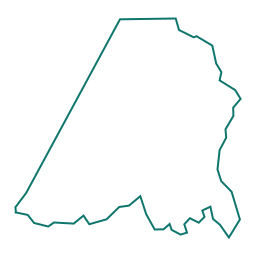 Stanly, North Carolina, United States of America (Albers equal-area conic projection)
{"feature_id": "52423323B43172948431886", "entity_name": "Stanly", "entity_type": "district", "adm_level": 2, "iso_a3": "USA", "parent_name": "United States of America", "parent_adm1": "North Carolina", "projection": "albers", "projection_center": [-80.212, 35.324], "detail": "fine", "context": "isolated", "style": "outline", "palette": "teal", "viewbox_px": 256, "rotation_deg": 0, "n_neighbors": 0, "source": "geoboundaries", "source_scale": "gbopen_adm2", "svg_char_len": 728}
<svg xmlns="http://www.w3.org/2000/svg" viewBox="0 0 256 256"><path d="M120.0,19.3L26.2,192.9L15.4,207.3L15.9,211.9L15.7,212.4L27.7,214.9L34.1,223.0L48.2,226.5L54.0,222.5L73.7,223.6L83.5,215.6L89.3,224.2L106.6,219.3L119.2,207.0L129.0,205.6L140.3,196.2L146.2,214.2L154.7,229.5L163.6,229.3L169.6,224.0L171.7,229.9L180.6,234.6L187.0,232.6L184.3,224.3L189.9,218.2L198.7,222.7L204.5,216.9L202.3,210.5L210.4,206.7L213.0,218.9L220.0,224.8L228.9,237.5L239.9,219.5L231.6,191.8L221.2,181.1L217.5,169.5L219.6,150.1L226.2,137.7L225.5,129.3L233.4,115.9L233.2,107.6L240.6,98.9L235.2,90.1L219.6,80.4L221.4,72.2L216.2,63.5L212.3,45.6L196.5,36.2L193.7,37.3L179.0,30.0L175.7,18.5L120.0,19.3Z" fill="none" stroke="#0f766e" stroke-width="2"/></svg>